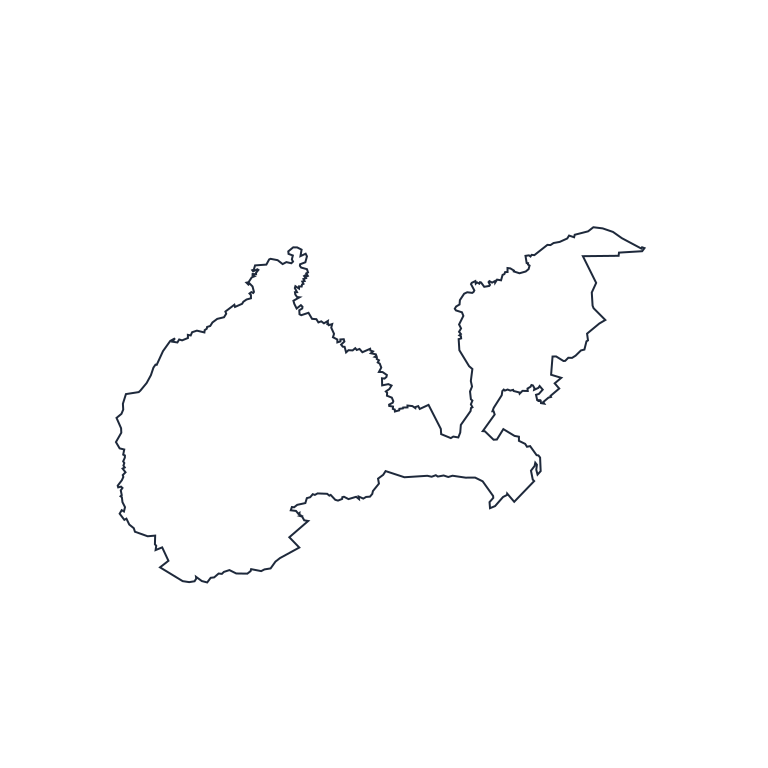 San Martín Chalchicuautla, San Luis Potosí, Mexico, rotated 238°
{"feature_id": "50627088B19949088040088", "entity_name": "San Martín Chalchicuautla", "entity_type": "district", "adm_level": 2, "iso_a3": "MEX", "parent_name": "Mexico", "parent_adm1": "San Luis Potosí", "projection": "robinson", "projection_center": [-98.615, 21.363], "detail": "fine", "context": "isolated", "style": "outline", "palette": "slate", "viewbox_px": 768, "rotation_deg": 238, "n_neighbors": 0, "source": "geoboundaries", "source_scale": "gbopen_adm2", "svg_char_len": 6155}
<svg xmlns="http://www.w3.org/2000/svg" viewBox="0 0 768 768"><g transform="rotate(238 384 384)"><path d="M547.6,347.5L552.9,337.5L549.9,334.1L550.3,332.6L548.9,332.7L548.4,337.4L547.3,337.9L546.1,334.4L544.9,333.7L546.9,330.9L546.0,330.2L544.0,331.3L544.5,328.3L542.1,323.1L542.8,321.1L540.1,321.7L540.4,323.3L536.4,324.2L531.0,322.5L530.5,321.3L532.2,320.2L532.0,317.9L530.0,318.3L527.2,316.6L528.5,312.2L528.3,308.3L527.2,306.2L528.3,298.5L530.5,299.1L529.5,287.9L527.2,287.4L525.4,283.7L527.6,277.1L527.1,271.1L525.3,267.4L526.1,264.2L524.8,263.0L524.7,260.5L522.9,259.0L528.4,253.6L529.6,248.7L527.6,245.8L529.6,243.7L526.9,242.1L528.0,235.9L530.3,233.9L528.7,230.8L532.0,227.0L533.5,230.9L533.8,225.6L529.0,214.0L520.7,201.4L521.5,200.5L520.1,197.2L515.0,191.0L510.6,183.2L507.5,173.9L507.1,171.7L512.2,159.8L505.6,152.1L500.5,149.3L497.8,145.5L497.0,139.2L485.8,137.6L481.9,135.4L476.8,125.9L469.5,125.7L466.1,129.0L462.3,125.4L460.7,126.4L458.9,125.2L456.6,121.8L454.6,121.9L452.9,119.8L450.6,119.9L450.8,117.5L446.1,118.0L445.2,114.2L443.3,113.7L441.3,110.7L438.9,104.3L437.2,103.8L436.3,106.6L434.4,107.1L433.3,104.4L428.7,102.7L428.4,101.1L426.9,101.7L422.4,99.6L416.8,99.1L413.7,95.9L416.0,94.7L414.1,91.1L406.4,91.8L406.3,94.2L399.8,93.5L394.3,95.4L390.7,94.5L380.1,102.9L376.7,109.6L369.5,104.8L367.5,105.1L364.2,102.3L363.0,109.3L348.3,107.5L347.2,96.9L323.5,108.8L319.2,113.8L317.1,118.8L318.5,121.7L320.1,122.4L313.4,125.1L309.4,128.9L311.5,134.3L310.0,137.5L310.9,143.3L308.9,145.9L309.5,148.6L308.1,154.3L301.6,158.3L295.6,167.6L296.0,171.7L297.4,173.2L290.4,180.7L290.1,184.4L287.7,190.1L290.9,197.8L291.5,203.6L290.2,225.5L304.2,222.5L308.0,247.1L310.7,244.1L315.0,244.3L316.4,243.0L316.1,244.1L317.9,243.1L319.4,244.0L319.2,242.6L323.0,242.1L326.3,238.0L328.5,240.7L327.1,242.4L327.5,246.4L324.7,254.2L328.1,258.1L327.1,261.4L328.3,265.2L326.6,266.6L326.4,269.7L321.0,277.6L318.3,278.5L318.2,280.0L311.6,281.3L309.5,283.2L308.7,287.6L310.1,288.7L309.6,290.3L305.2,292.9L303.1,300.6L299.7,301.8L302.0,302.9L297.8,305.7L297.7,309.0L295.9,312.4L297.0,315.8L299.1,317.9L302.2,326.9L306.9,328.8L307.4,335.2L309.3,339.2L294.1,351.9L283.2,372.1L280.1,375.3L279.2,379.6L277.0,380.6L274.8,386.1L271.1,389.2L269.9,393.5L261.4,403.5L256.3,411.7L249.2,416.1L231.2,417.2L229.5,416.3L227.9,410.9L222.5,408.1L221.6,413.5L225.1,425.1L224.7,429.5L225.8,430.4L215.1,432.0L222.1,459.9L224.1,459.5L232.6,462.7L234.7,468.3L237.1,470.6L234.5,470.9L230.6,467.7L225.8,466.2L227.1,470.7L238.9,477.4L241.6,477.1L242.8,475.7L253.9,475.0L255.0,472.0L258.4,472.0L264.3,468.3L267.8,470.5L270.8,467.2L282.5,461.3L277.1,450.3L278.7,447.4L290.4,444.5L291.7,442.8L299.5,461.7L302.7,462.5L303.4,461.5L305.7,464.5L312.1,477.9L315.3,480.6L315.8,482.6L314.4,483.0L313.8,485.9L311.5,487.6L310.6,490.4L309.4,490.2L305.1,494.3L303.9,493.9L304.8,497.8L301.9,502.2L304.1,503.3L304.0,506.8L305.0,508.5L303.9,509.5L300.8,509.4L299.5,508.2L298.9,512.9L299.8,514.9L295.1,515.6L293.5,510.0L294.3,507.2L289.2,505.4L287.8,507.4L287.4,506.5L286.5,507.9L284.6,507.0L282.4,509.5L284.3,509.5L285.3,516.3L284.5,518.8L285.7,519.0L287.3,530.2L294.1,529.1L295.3,537.6L303.3,530.6L318.0,541.5L316.1,544.6L308.4,548.4L307.6,549.9L308.6,554.2L306.5,557.3L306.5,561.5L308.1,568.8L307.0,572.2L312.9,578.3L312.9,580.1L319.1,582.9L321.2,598.7L321.0,605.6L337.2,601.9L339.9,602.4L351.5,608.7L357.3,617.5L387.0,620.4L368.4,650.9L370.9,652.9L359.8,673.3L361.2,676.9L363.2,675.3L362.5,674.0L381.6,663.0L391.6,658.8L400.1,651.9L406.0,644.6L405.3,638.0L409.5,624.8L407.7,623.0L411.8,619.6L410.3,616.5L411.4,608.3L413.7,602.5L413.6,598.8L415.4,596.3L413.6,579.8L415.3,577.6L414.5,575.8L416.3,575.1L417.7,571.9L411.0,569.1L410.1,570.2L409.1,569.4L407.3,570.2L404.8,567.5L404.3,563.8L406.1,557.6L410.7,553.7L411.3,554.3L415.1,552.4L416.9,550.2L413.5,548.1L414.7,546.0L413.4,544.3L413.7,542.4L409.9,538.2L412.6,535.2L411.0,531.9L412.5,532.6L412.7,529.4L415.4,527.9L415.0,526.7L411.9,526.4L411.4,525.2L413.3,520.5L418.7,520.1L419.5,519.4L418.6,518.0L420.9,516.7L420.5,515.0L422.9,516.0L423.3,512.0L422.6,510.7L415.5,510.2L414.6,508.7L414.5,507.1L417.7,503.2L418.1,499.8L414.9,492.8L411.4,490.2L411.5,486.2L410.3,483.9L408.3,484.0L403.5,488.1L399.7,487.4L394.7,479.2L390.3,478.8L388.5,475.3L385.6,475.7L385.3,473.7L383.8,474.6L381.8,473.6L382.5,471.1L372.7,465.8L354.0,465.6L349.9,466.9L340.5,459.2L335.2,457.3L332.1,453.0L325.0,449.6L323.1,450.2L320.7,446.9L317.4,446.7L317.5,445.0L315.2,443.1L308.6,427.5L302.4,422.9L299.3,418.7L302.7,414.9L302.7,412.0L311.2,405.9L315.8,408.4L342.7,410.7L343.9,401.1L347.1,401.3L347.8,398.4L347.0,397.8L350.2,396.4L353.3,392.5L351.7,391.5L353.9,387.8L353.3,387.1L354.8,383.9L353.6,382.9L354.9,378.7L356.6,379.6L358.2,378.3L360.1,379.7L362.6,376.8L363.8,377.4L363.5,381.5L364.5,382.8L368.3,383.4L372.5,380.3L374.9,382.0L376.7,381.6L376.9,386.0L378.7,389.6L381.6,387.6L383.8,381.7L389.9,385.3L388.3,387.3L388.7,389.8L390.1,391.2L394.9,389.1L396.9,386.1L399.4,390.4L403.5,391.2L405.6,390.1L406.8,392.3L409.0,391.1L410.4,392.1L411.9,390.6L412.0,392.5L413.5,392.8L417.0,389.2L417.5,391.9L419.6,390.2L421.2,390.9L422.4,382.5L426.7,381.8L427.3,378.9L429.6,378.6L429.1,375.2L431.5,371.8L430.9,368.6L436.4,370.3L437.5,368.8L440.1,368.5L441.0,372.9L443.3,373.6L444.9,370.6L443.2,369.6L444.0,366.5L446.5,368.0L450.7,365.5L453.0,368.2L459.7,369.1L462.3,371.8L463.1,368.4L464.9,368.7L464.1,367.1L467.2,369.8L467.3,365.2L470.4,364.0L471.0,361.0L474.8,361.0L477.4,357.5L484.4,357.7L486.2,350.3L487.9,349.3L491.4,351.2L491.4,354.7L492.7,355.8L494.9,355.3L494.3,349.9L499.5,350.4L502.6,351.3L502.3,358.3L503.8,356.4L506.9,356.2L509.0,357.1L508.0,358.9L512.6,359.2L513.9,360.7L510.0,362.5L511.8,363.7L510.3,365.8L511.8,367.2L511.6,368.8L514.2,369.0L513.4,371.2L515.7,371.3L515.1,373.8L517.9,373.5L517.9,374.7L516.2,375.0L516.0,376.7L519.0,376.7L518.9,378.7L522.2,379.5L526.7,375.4L528.8,375.3L530.0,376.3L528.9,381.8L533.1,386.3L536.0,386.6L536.7,380.9L541.6,385.3L545.9,382.7L548.0,379.4L547.2,373.1L544.9,372.0L541.3,374.8L538.5,371.9L536.0,371.7L535.5,369.4L539.1,365.8L539.4,361.6L545.4,359.4L550.3,354.1L550.5,352.6L547.6,347.5Z" fill="none" stroke="#1e293b" stroke-width="2"/></g></svg>